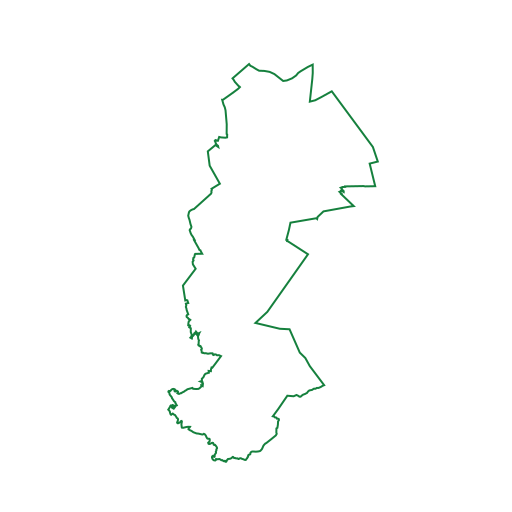 the district of Huehuetoca, México, Mexico, rotated 318°
{"feature_id": "50627088B67518799589693", "entity_name": "Huehuetoca", "entity_type": "district", "adm_level": 2, "iso_a3": "MEX", "parent_name": "Mexico", "parent_adm1": "México", "projection": "albers", "projection_center": [-99.283, 19.822], "detail": "fine", "context": "isolated", "style": "outline", "palette": "green", "viewbox_px": 512, "rotation_deg": 318, "n_neighbors": 0, "source": "geoboundaries", "source_scale": "gbopen_adm2", "svg_char_len": 5996}
<svg xmlns="http://www.w3.org/2000/svg" viewBox="0 0 512 512"><g transform="rotate(318 256 256)"><path d="M224.4,364.8L223.9,357.1L231.9,332.9L225.0,326.0L210.8,305.4L227.0,305.1L295.8,289.5L289.5,266.3L289.1,265.8L290.1,265.0L289.4,264.2L297.7,258.8L303.9,254.3L326.1,268.3L326.2,269.4L327.9,268.2L336.0,268.0L359.0,282.2L362.0,284.3L360.7,267.0L361.2,267.1L361.0,264.3L361.9,264.7L362.5,264.2L363.1,264.2L364.0,267.1L364.3,266.8L364.6,266.2L364.4,264.8L364.9,263.2L364.7,262.0L366.4,262.6L368.5,264.3L368.8,263.9L382.6,275.9L383.7,277.3L391.3,283.9L402.3,263.4L409.7,267.3L415.8,253.2L422.5,184.3L410.4,181.5L404.2,179.9L399.3,177.3L416.2,162.2L420.6,158.0L426.2,151.7L421.0,150.2L412.9,148.6L409.8,148.2L406.6,148.7L401.7,148.1L396.4,146.2L393.3,144.1L391.4,133.1L389.4,128.4L388.5,127.2L386.0,124.0L382.3,120.4L381.2,117.3L380.0,113.0L379.1,110.9L379.3,108.7L357.4,108.3L357.3,110.1L356.8,112.4L356.8,118.3L357.1,118.9L357.1,119.7L354.7,119.8L349.0,119.3L335.9,117.8L335.4,117.3L333.2,121.7L332.3,124.6L330.8,127.4L322.4,138.5L315.8,145.7L315.9,146.4L313.9,148.5L312.5,147.7L311.6,146.8L309.3,144.4L308.3,142.9L304.8,144.9L303.9,143.9L303.7,142.9L303.3,142.7L302.4,142.9L302.3,143.7L301.6,145.1L301.2,147.0L301.5,148.6L300.9,149.7L300.1,146.4L290.2,146.0L282.0,157.9L277.5,178.1L267.9,176.3L267.8,176.8L267.5,177.3L266.2,177.9L265.7,178.8L264.4,179.6L241.3,179.6L240.0,178.9L238.0,178.4L236.5,178.3L235.5,178.6L232.6,180.7L231.5,182.8L230.8,184.6L228.7,188.4L227.6,191.0L226.9,191.6L225.9,192.1L224.8,192.0L224.0,192.4L222.7,195.4L222.2,197.2L222.0,199.4L221.1,203.1L220.6,202.8L218.5,212.1L218.0,213.5L218.5,214.6L218.1,215.7L217.5,218.3L212.3,213.8L211.8,213.8L209.3,215.6L207.9,215.6L207.6,216.2L206.7,216.7L206.5,217.6L205.0,217.9L203.5,220.0L202.6,225.1L181.9,229.1L173.7,241.7L174.8,242.2L175.3,243.0L174.2,245.6L172.0,244.5L171.1,246.1L169.8,246.9L169.2,248.4L168.3,249.8L166.6,254.0L165.4,253.7L164.5,253.9L164.0,254.4L163.7,255.0L164.0,256.6L163.8,257.7L164.2,258.3L164.4,259.5L162.3,259.6L160.8,260.7L159.2,262.2L159.6,263.3L160.3,263.3L160.3,263.9L158.7,264.4L159.2,266.1L156.6,268.9L155.5,271.7L153.6,272.7L152.6,272.8L153.1,274.4L153.6,274.1L154.3,273.4L155.9,272.4L156.1,272.5L156.2,273.2L158.4,272.8L158.4,272.2L159.1,272.2L159.0,273.3L159.5,273.8L159.4,275.6L160.0,275.8L160.3,272.2L160.8,272.0L160.7,275.7L161.8,275.1L162.4,275.3L161.6,275.6L161.1,276.1L159.1,276.9L157.6,279.0L157.4,279.8L157.1,280.3L157.1,280.6L156.3,281.1L154.9,282.6L154.2,283.1L153.9,283.1L153.7,283.4L153.5,283.9L153.7,284.3L153.7,284.7L154.0,284.6L154.1,285.0L154.5,285.8L154.2,286.7L154.2,287.4L153.7,288.7L153.0,289.0L152.5,289.0L152.0,290.3L151.1,291.4L151.4,292.2L152.1,292.7L152.1,293.0L152.5,293.7L153.7,294.7L154.9,296.5L157.0,297.8L158.6,299.3L158.6,299.5L158.0,300.4L158.0,300.8L158.3,301.3L159.4,301.4L160.3,302.3L160.6,303.7L162.1,304.9L163.0,307.0L148.8,309.8L148.4,309.1L146.7,310.1L145.4,311.4L143.9,309.7L142.9,311.2L139.9,309.8L139.2,309.7L138.1,309.9L135.8,310.9L133.6,311.0L132.3,312.6L130.7,312.0L131.8,314.2L130.7,314.9L131.0,315.5L129.3,317.0L128.7,315.6L128.1,316.4L125.9,316.5L124.4,316.3L122.6,314.9L120.4,312.6L120.5,311.5L115.8,309.1L114.7,309.1L113.1,308.7L111.6,308.6L110.1,308.1L108.6,307.9L108.4,307.6L106.5,307.0L106.0,306.2L105.8,305.3L106.8,305.1L107.3,304.5L106.9,303.0L106.7,302.8L105.6,302.9L105.2,302.6L105.1,301.8L105.2,301.5L105.4,301.4L106.3,301.3L106.4,301.1L106.4,300.6L105.8,299.6L105.1,299.1L104.1,298.8L103.4,298.8L102.1,299.0L101.6,298.7L101.0,298.0L100.7,298.0L100.4,298.0L100.0,298.3L100.0,299.9L99.3,300.8L99.1,301.4L98.9,304.7L98.4,305.5L98.3,306.8L97.9,309.1L98.2,310.7L97.7,311.4L97.2,314.0L95.8,313.6L95.5,313.4L94.3,310.9L93.0,310.5L94.3,314.1L92.7,314.4L92.1,312.6L92.5,311.1L92.4,310.2L88.0,311.5L88.1,312.3L87.9,313.9L87.3,314.8L86.6,316.5L86.7,317.2L88.7,317.4L89.0,319.3L89.4,320.0L89.1,322.2L88.8,323.3L89.1,324.4L88.8,325.2L87.1,326.5L86.1,326.8L85.8,327.4L85.9,327.9L86.4,328.3L89.1,328.9L89.6,328.5L90.3,328.8L90.1,329.5L88.0,331.1L86.2,333.6L86.1,334.0L86.9,334.9L90.0,336.6L91.4,337.6L92.6,338.8L92.0,339.0L91.0,338.8L89.9,339.6L90.4,341.5L91.0,342.7L91.5,345.0L93.1,348.1L94.4,349.5L96.6,352.7L97.2,353.1L98.2,353.2L98.6,354.0L98.6,355.3L98.4,356.3L97.9,357.7L97.7,359.0L97.9,359.5L99.0,360.6L99.0,361.2L97.9,362.4L97.2,362.7L95.5,362.8L95.1,363.7L95.3,364.3L96.0,364.8L97.9,365.3L98.6,365.6L99.0,366.2L98.9,366.6L98.3,367.9L98.6,368.6L99.1,368.7L99.2,368.9L99.1,370.9L98.8,372.2L98.4,372.8L97.1,373.2L96.6,373.9L95.1,374.6L94.7,375.4L94.4,375.6L92.4,376.0L91.0,377.4L90.6,377.4L90.4,377.2L90.3,375.7L89.5,375.6L88.8,375.9L88.4,376.4L88.0,377.4L87.8,378.0L87.9,379.4L88.6,380.4L88.9,380.7L89.9,380.7L90.5,380.2L91.6,381.5L92.9,382.3L93.4,383.5L93.6,384.6L94.4,385.2L94.6,386.7L94.8,386.9L95.5,387.2L95.5,387.6L95.9,387.6L96.2,387.9L96.3,388.0L95.9,388.7L96.1,388.9L96.6,388.9L97.4,388.3L98.6,388.3L99.0,388.1L99.3,388.1L100.9,389.2L101.5,389.5L102.7,389.8L104.2,389.7L104.4,389.8L104.6,390.3L104.5,391.1L104.6,391.6L105.3,392.1L105.7,393.0L106.9,394.1L107.0,394.9L107.1,395.1L107.3,395.3L108.5,395.5L109.4,396.1L109.8,397.3L110.4,398.2L111.3,400.1L111.9,400.7L113.2,400.4L114.1,400.4L114.8,399.9L115.8,399.9L116.8,398.9L117.1,398.9L117.7,398.9L118.5,399.4L119.2,399.4L120.1,398.6L121.3,398.4L121.7,398.5L122.4,398.8L123.4,399.7L124.8,401.2L126.8,402.7L128.2,403.5L128.9,403.7L130.9,403.5L131.6,403.3L134.7,401.9L136.1,401.7L137.6,401.6L138.3,401.9L144.5,402.3L150.7,402.6L152.4,402.0L153.0,400.8L155.8,397.8L156.9,398.0L159.4,396.0L161.7,393.7L163.2,393.3L163.8,392.5L163.4,391.5L162.7,390.9L163.0,389.7L162.0,388.5L162.1,387.5L161.3,386.4L170.1,384.6L185.8,380.8L190.1,385.4L193.1,386.4L194.0,388.6L194.0,389.2L194.3,389.8L194.7,390.2L195.2,390.4L196.7,390.4L198.0,390.5L200.6,391.5L201.8,391.7L202.3,391.9L204.0,391.5L205.7,391.6L208.0,393.0L210.1,393.3L210.6,393.6L210.8,394.0L211.5,394.5L212.9,394.7L214.2,395.9L216.6,396.7L218.5,397.0L220.2,397.6L222.3,373.8L224.4,364.8Z" fill="none" stroke="#15803d" stroke-width="2"/></g></svg>